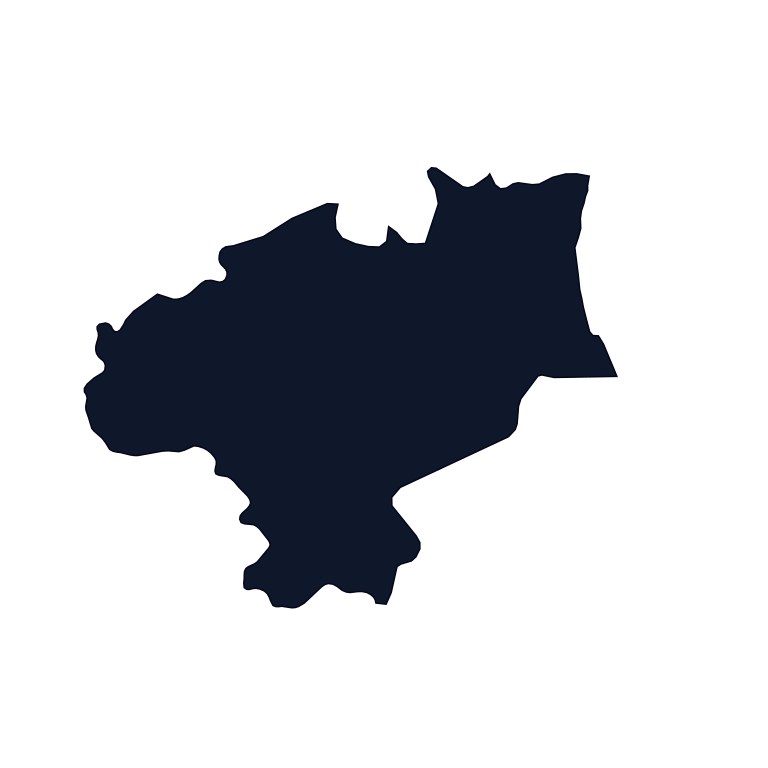 outline of Aude, rotated 332°
{"feature_id": "FRA-5271", "entity_name": "Aude", "entity_type": "Metropolitan department", "adm_level": 1, "iso_a3": "FRA", "parent_name": "France", "parent_adm1": "", "projection": "albers", "projection_center": [2.266, 43.047], "detail": "fine", "context": "isolated", "style": "filled", "palette": "ink", "viewbox_px": 768, "rotation_deg": 332, "n_neighbors": 0, "source": "natural_earth", "source_scale": "10m", "svg_char_len": 2967}
<svg xmlns="http://www.w3.org/2000/svg" viewBox="0 0 768 768"><g transform="rotate(332 384 384)"><path d="M662.8,296.8L656.9,304.4L654.6,308.9L649.7,313.2L645.6,318.1L639.5,323.9L635.0,330.2L630.9,338.8L624.3,345.9L616.5,353.2L613.0,362.4L610.1,370.0L606.6,379.2L601.1,392.6L598.6,401.8L596.1,409.6L592.6,423.8L590.1,434.4L591.2,439.3L595.9,442.1L596.5,451.9L593.7,481.6L593.2,486.6L537.3,458.1L527.6,450.1L523.7,449.2L497.9,461.3L492.4,466.7L482.9,481.6L478.4,485.9L469.1,489.0L349.8,482.9L337.6,487.7L333.8,495.2L341.1,533.3L341.2,540.8L338.3,546.4L330.9,551.7L325.1,553.1L314.3,550.9L309.8,551.3L292.4,571.6L282.5,579.4L274.0,573.6L274.1,573.3L274.9,570.5L274.8,567.3L273.4,563.6L270.9,559.9L266.9,556.7L263.0,554.8L256.0,552.1L253.0,549.9L250.2,546.5L247.6,540.7L245.0,536.8L241.0,533.9L237.6,533.3L233.9,533.7L210.7,540.0L204.0,540.3L200.8,539.7L197.7,538.4L189.3,532.2L186.4,531.1L183.9,529.7L182.0,527.4L182.1,522.2L182.6,518.3L182.5,514.2L181.2,510.6L178.0,506.6L175.0,504.2L171.8,502.9L168.7,502.2L166.3,500.8L165.0,498.1L166.8,493.8L169.1,490.4L170.9,487.1L172.9,484.0L175.5,482.1L178.4,481.6L184.9,482.0L188.5,481.6L205.6,474.6L208.0,472.6L208.7,470.0L208.5,467.0L206.1,453.4L204.8,450.0L202.7,446.9L195.0,441.8L192.8,439.2L193.1,435.6L195.2,432.9L198.1,431.5L204.7,429.8L207.6,428.6L210.2,426.7L211.3,423.3L211.0,419.0L207.5,407.1L205.9,399.7L204.5,395.9L202.4,392.4L195.5,387.1L193.4,384.5L193.8,381.8L195.7,379.0L198.2,376.2L199.9,373.0L200.0,369.2L198.9,364.1L197.2,359.8L194.6,355.8L190.7,351.8L187.2,349.4L176.9,348.7L171.2,347.5L162.2,341.7L156.8,339.2L133.1,331.6L130.1,330.0L126.8,327.6L119.2,320.8L115.9,318.5L113.1,316.0L111.1,312.9L110.6,304.9L109.7,299.5L105.9,289.5L105.2,286.1L107.4,274.8L108.6,267.3L110.0,264.0L115.4,256.9L116.1,253.6L115.8,250.3L117.5,247.1L121.9,244.7L130.9,242.6L140.8,242.0L143.9,240.8L146.7,236.8L147.2,233.9L147.0,231.6L145.7,228.8L144.8,225.8L144.5,222.3L145.4,218.8L147.3,215.4L149.8,212.6L152.5,209.9L154.7,207.2L155.9,204.2L156.4,201.1L157.6,198.7L160.8,197.6L166.8,199.4L169.3,202.1L170.2,205.1L170.0,208.2L170.6,211.0L173.0,212.8L176.5,212.4L182.2,209.2L185.9,206.4L197.0,202.3L226.1,198.3L237.5,210.1L240.5,211.8L243.7,212.8L247.1,213.4L251.5,213.4L256.3,212.8L269.7,209.4L274.8,209.0L280.1,211.3L286.4,216.8L289.5,217.8L292.7,217.3L296.3,214.5L297.9,211.5L298.1,208.2L296.3,202.0L296.2,199.1L297.0,196.2L298.8,193.3L301.1,190.6L304.5,188.9L308.7,188.6L316.0,191.3L346.6,197.2L380.6,194.6L418.6,198.1L427.8,203.6L418.9,214.1L414.2,224.7L415.5,235.5L424.4,246.6L434.6,255.3L444.2,260.9L453.3,259.4L462.0,247.2L466.3,256.2L467.9,264.2L470.5,270.9L478.1,275.5L486.6,279.3L516.7,250.3L521.0,236.1L520.7,222.0L522.3,216.7L527.4,215.3L531.4,218.0L546.2,246.9L550.1,250.1L556.1,251.6L573.0,249.5L576.0,248.1L575.6,260.2L578.5,266.4L584.1,268.5L591.9,267.9L596.9,269.3L608.6,277.7L614.4,280.2L614.1,280.4L629.9,280.7L642.9,283.8L652.8,288.9L662.8,296.8Z" fill="#0f172a" stroke="#020617" stroke-width="1.5"/></g></svg>